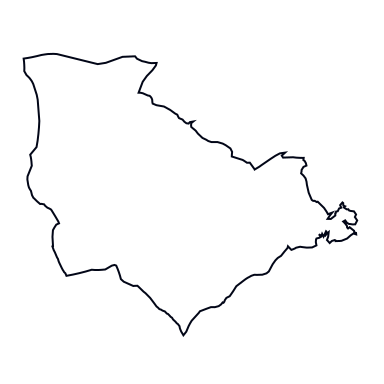 outline of Cornea, Caras-Severin, Romania, rotated 268°
{"feature_id": "2599482B15009159935229", "entity_name": "Cornea", "entity_type": "district", "adm_level": 2, "iso_a3": "ROU", "parent_name": "Romania", "parent_adm1": "Caras-Severin", "projection": "robinson", "projection_center": [22.32, 45.012], "detail": "fine", "context": "isolated", "style": "outline", "palette": "ink", "viewbox_px": 384, "rotation_deg": 268, "n_neighbors": 0, "source": "geoboundaries", "source_scale": "gbopen_adm2", "svg_char_len": 4328}
<svg xmlns="http://www.w3.org/2000/svg" viewBox="0 0 384 384"><g transform="rotate(268 192 192)"><path d="M222.2,304.8L222.2,303.9L222.4,300.6L222.7,297.4L223.2,294.2L223.2,284.2L224.2,283.6L225.2,283.0L228.1,286.4L227.7,282.6L227.5,281.1L225.3,276.6L222.4,271.8L216.3,262.2L215.0,260.3L212.3,255.4L212.6,255.3L219.3,250.8L219.3,248.0L221.4,245.1L222.3,243.7L223.6,240.0L226.1,233.0L228.4,233.2L230.7,233.5L234.2,231.9L237.6,227.3L239.3,224.4L241.0,219.3L241.2,213.2L242.4,210.0L243.7,208.1L245.7,204.3L250.2,199.9L253.2,197.8L256.9,193.6L258.2,193.4L260.8,193.6L262.4,195.7L261.9,192.3L261.2,191.6L260.5,191.0L260.9,188.8L262.5,186.8L264.7,185.1L266.3,181.6L267.8,180.8L269.8,180.0L270.9,178.0L274.8,173.0L278.4,167.0L280.0,159.5L281.7,155.8L283.2,155.5L284.5,155.5L285.8,155.4L287.2,154.9L288.6,154.0L289.6,153.0L290.0,151.2L292.4,146.3L293.0,143.9L293.1,142.1L303.9,146.6L309.5,150.9L315.1,156.7L319.7,160.3L322.2,161.1L322.2,156.8L322.2,155.9L322.7,153.1L323.5,150.5L323.8,149.5L324.5,146.7L325.8,144.2L327.1,141.7L328.3,140.8L329.6,139.8L329.5,127.3L324.1,110.4L323.1,102.2L334.5,62.1L334.6,61.4L334.9,58.4L334.9,55.5L334.9,52.6L334.6,49.7L334.2,46.4L333.2,41.6L332.3,36.7L331.7,32.6L331.2,28.4L328.1,28.7L324.9,28.8L321.8,28.8L318.6,28.6L314.6,30.7L313.2,32.1L311.7,33.5L310.0,34.7L308.3,35.8L305.5,37.1L294.6,40.2L289.6,41.0L268.3,41.9L261.7,41.3L255.2,40.5L248.7,39.5L242.3,38.2L234.9,31.6L232.6,32.1L230.3,32.4L228.0,32.6L225.6,32.7L223.8,32.8L213.4,28.2L210.4,27.9L204.6,28.6L202.2,29.2L200.2,30.2L198.7,31.1L194.4,32.0L191.7,33.3L191.2,33.9L188.1,36.8L185.3,39.8L185.4,41.1L184.8,43.8L183.4,44.7L181.4,46.9L180.3,49.1L179.4,50.5L178.5,51.1L172.3,54.6L167.1,57.4L165.3,58.0L165.2,57.7L164.1,55.2L161.2,53.2L158.7,51.7L152.1,51.0L142.7,51.2L142.5,50.6L138.7,51.8L138.1,52.1L136.4,52.9L131.4,54.8L129.8,55.7L127.4,56.3L125.6,57.0L123.1,58.1L120.8,59.1L118.7,60.1L117.6,60.8L116.4,61.4L115.7,62.1L115.2,62.6L112.6,63.6L113.6,70.0L114.8,76.4L116.2,82.8L117.8,89.1L117.4,92.5L117.3,95.9L117.4,99.2L117.6,102.6L121.2,109.3L121.8,112.0L121.1,113.7L117.7,115.0L114.4,116.1L110.9,117.1L107.4,117.9L104.7,120.7L100.1,130.1L100.2,130.8L100.2,132.6L100.2,134.2L98.9,135.5L94.1,140.1L92.5,142.0L87.6,146.5L81.9,150.5L78.9,152.5L77.4,154.2L76.1,155.3L75.6,156.8L74.5,158.4L73.6,160.7L71.4,162.6L70.9,163.8L68.9,165.6L68.1,166.2L67.0,167.7L65.3,168.6L63.3,170.6L62.9,171.0L61.3,172.2L60.6,173.2L58.4,174.8L57.1,175.0L56.0,175.2L53.0,176.3L49.9,178.0L49.1,178.4L52.6,181.4L55.4,182.7L58.2,184.0L60.8,185.5L63.4,187.2L71.1,194.7L72.5,195.7L74.8,202.4L76.3,207.0L76.2,208.9L76.1,210.8L77.0,214.7L78.7,217.2L80.6,218.8L80.2,219.6L81.3,220.5L82.7,221.0L84.9,222.6L85.3,223.3L86.5,226.0L87.4,226.7L91.3,229.6L96.3,233.0L101.5,240.3L103.1,242.6L104.4,244.8L104.8,245.7L106.2,248.4L106.8,250.4L107.1,251.4L106.9,254.0L106.9,259.4L108.1,263.6L109.9,266.0L117.0,270.1L120.8,273.0L123.1,275.4L125.1,278.8L129.1,282.2L132.7,285.5L134.4,286.0L133.6,286.7L132.8,287.4L130.7,289.3L130.9,290.0L131.2,290.8L131.4,291.4L132.0,292.9L132.7,294.1L133.5,298.1L133.1,300.3L132.4,304.8L132.4,307.0L132.4,307.7L132.4,310.1L134.3,314.5L137.6,314.0L140.2,314.3L141.2,314.8L141.8,317.6L142.6,319.1L145.3,317.4L143.7,319.9L145.6,320.6L142.8,321.9L148.1,324.6L147.9,324.8L143.0,323.1L146.0,325.5L147.2,327.2L142.5,326.5L139.3,325.2L137.8,326.5L136.2,327.8L138.2,330.1L139.0,333.0L138.3,334.1L137.9,334.0L137.9,338.0L138.0,339.7L140.1,345.4L143.3,349.3L144.9,351.9L143.9,354.6L145.4,354.5L146.0,352.8L147.6,352.6L149.2,350.7L151.3,348.3L150.1,346.7L151.1,345.8L152.6,345.7L154.6,344.4L156.5,342.8L157.2,342.1L158.3,344.1L155.8,345.8L154.6,347.7L154.4,349.4L154.2,350.3L154.0,351.2L154.0,354.0L157.8,356.1L161.3,353.9L163.8,355.2L167.0,353.2L167.6,349.6L168.1,348.3L169.3,347.6L169.2,346.2L170.3,344.5L171.2,343.3L172.1,344.0L172.4,344.4L173.1,342.8L175.7,342.7L176.3,342.0L173.7,339.6L171.1,340.6L170.4,338.4L167.7,337.0L167.4,335.3L165.7,334.8L165.6,334.4L163.5,334.4L160.2,329.8L160.4,326.6L163.5,328.8L166.5,331.4L165.1,327.1L167.5,325.9L171.5,323.4L177.9,317.3L177.6,316.3L178.9,314.3L178.9,312.8L179.9,311.4L187.2,308.6L195.1,307.1L198.3,306.8L201.6,306.0L204.5,304.0L206.8,301.7L208.8,302.2L210.2,302.3L213.2,304.3L214.4,307.3L216.9,306.8L217.4,306.5L218.9,305.8L220.1,304.4L221.0,304.6L222.2,304.8Z" fill="none" stroke="#020617" stroke-width="2"/></g></svg>